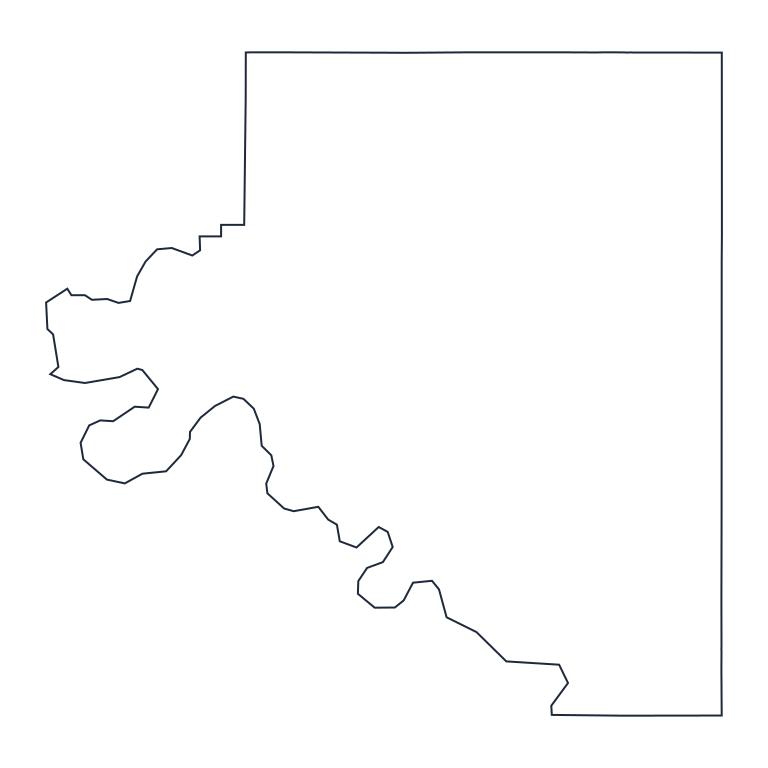 the district of Osage, Oklahoma, United States of America
{"feature_id": "52423323B53905412761485", "entity_name": "Osage", "entity_type": "district", "adm_level": 2, "iso_a3": "USA", "parent_name": "United States of America", "parent_adm1": "Oklahoma", "projection": "mercator", "projection_center": [-96.591, 36.58], "detail": "fine", "context": "isolated", "style": "outline", "palette": "slate", "viewbox_px": 768, "rotation_deg": 0, "n_neighbors": 0, "source": "geoboundaries", "source_scale": "gbopen_adm2", "svg_char_len": 1517}
<svg xmlns="http://www.w3.org/2000/svg" viewBox="0 0 768 768"><path d="M388.3,52.7L274.0,52.3L270.8,52.3L254.2,52.3L251.2,52.3L245.8,52.5L245.7,98.4L244.2,224.9L221.1,224.9L221.1,236.4L199.6,236.4L200.1,250.3L192.3,255.5L171.7,248.0L157.1,249.3L145.6,261.5L137.1,276.4L130.1,301.0L118.5,302.9L107.1,299.0L91.9,299.8L84.9,295.2L71.4,295.2L67.3,288.7L46.1,302.5L47.4,329.0L53.1,334.4L58.4,367.0L50.3,374.2L64.0,380.1L85.0,383.0L119.5,377.1L137.3,368.7L142.3,370.0L158.0,389.1L148.7,407.6L134.7,406.7L113.2,421.2L100.2,420.4L89.2,425.4L80.6,442.8L83.3,459.3L106.9,479.6L124.8,483.4L142.4,473.7L166.1,471.3L181.1,455.2L189.8,439.0L190.0,431.9L200.6,417.6L215.1,405.9L233.3,396.6L243.4,398.8L253.8,408.7L259.7,424.1L261.7,445.8L271.3,455.3L273.5,466.0L266.2,483.6L267.4,493.3L284.1,508.5L293.7,511.2L318.3,506.8L328.2,519.6L336.9,524.7L339.8,541.3L356.5,547.5L378.7,527.0L387.7,531.9L392.7,547.0L382.9,562.1L367.1,567.9L358.3,581.1L357.9,593.8L374.7,607.7L394.9,607.5L403.7,600.4L413.0,582.7L432.0,580.8L439.0,589.4L446.6,617.3L476.5,632.1L506.3,661.4L559.1,664.7L568.0,683.0L551.3,705.7L551.8,714.9L624.4,715.7L632.4,715.7L664.6,715.6L694.5,715.6L709.7,715.5L721.7,715.5L721.4,669.8L721.5,651.8L721.4,650.0L721.5,645.6L721.4,600.3L721.6,508.6L721.6,495.9L721.7,261.2L721.9,234.2L721.8,52.6L632.6,52.5L631.3,52.4L628.8,52.5L627.2,52.5L625.5,52.5L624.5,52.4L605.0,52.3L604.9,52.3L595.2,52.5L584.1,52.4L546.7,52.3L545.0,52.3L471.8,52.3L458.3,52.4L404.4,52.8L388.3,52.7Z" fill="none" stroke="#1e293b" stroke-width="2"/></svg>